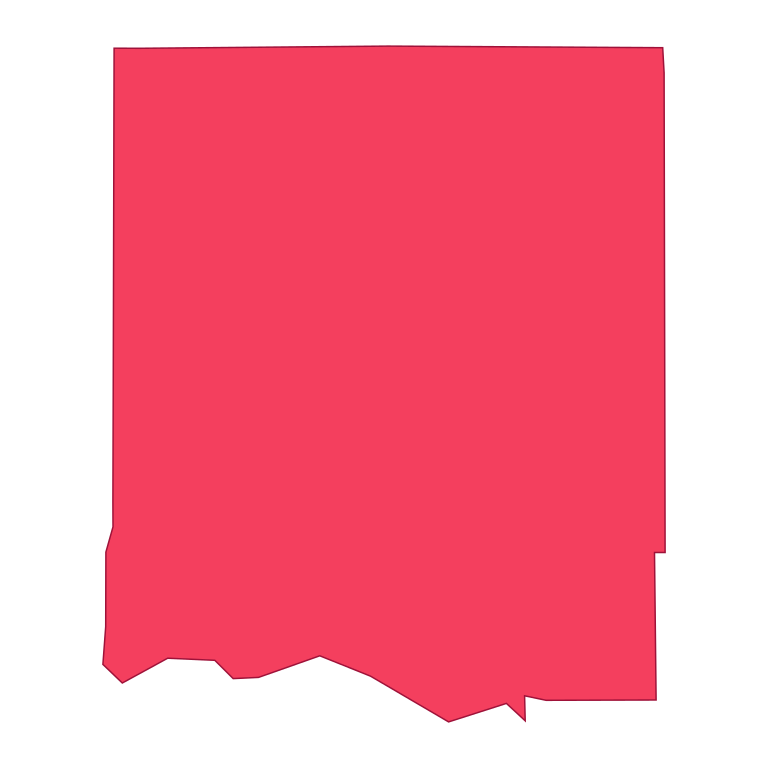 outline of Jefferson, Kansas, United States of America
{"feature_id": "52423323B63595933107689", "entity_name": "Jefferson", "entity_type": "district", "adm_level": 2, "iso_a3": "USA", "parent_name": "United States of America", "parent_adm1": "Kansas", "projection": "orthographic", "projection_center": [-95.427, 39.226], "detail": "fine", "context": "isolated", "style": "filled", "palette": "rose", "viewbox_px": 768, "rotation_deg": 0, "n_neighbors": 0, "source": "geoboundaries", "source_scale": "gbopen_adm2", "svg_char_len": 451}
<svg xmlns="http://www.w3.org/2000/svg" viewBox="0 0 768 768"><path d="M113.2,401.2L112.9,501.7L113.0,526.9L105.9,552.1L105.7,626.7L102.9,664.4L122.3,683.0L167.7,658.2L214.8,660.3L233.2,678.6L258.5,677.4L319.8,655.8L370.6,676.2L448.6,721.9L506.4,703.4L525.2,720.8L524.6,695.8L546.1,700.3L656.1,700.0L654.5,552.5L665.1,552.5L664.1,72.9L662.7,47.7L388.1,46.1L139.5,48.3L114.1,48.2L113.2,401.2Z" fill="#f43f5e" stroke="#9f1239" stroke-width="1.5"/></svg>